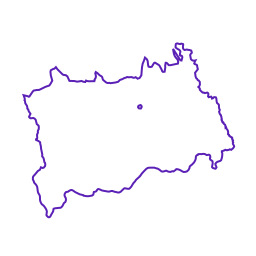 Dilolo, Katanga, Democratic Republic of the Congo (Natural Earth projection), rotated 351°
{"feature_id": "63176286B33518015273847", "entity_name": "Dilolo", "entity_type": "district", "adm_level": 2, "iso_a3": "COD", "parent_name": "Democratic Republic of the Congo", "parent_adm1": "Katanga", "projection": "natural_earth1", "projection_center": [23.36, -10.539], "detail": "fine", "context": "isolated", "style": "outline", "palette": "violet", "viewbox_px": 256, "rotation_deg": 351, "n_neighbors": 0, "source": "geoboundaries", "source_scale": "gbopen_adm2", "svg_char_len": 5807}
<svg xmlns="http://www.w3.org/2000/svg" viewBox="0 0 256 256"><g transform="rotate(351 128 128)"><path d="M194.2,53.1L193.7,53.0L192.6,53.3L192.0,53.1L190.0,52.2L189.1,52.2L188.5,52.5L188.2,53.0L187.6,55.6L187.7,56.0L188.8,57.2L190.9,58.9L191.4,59.7L191.7,60.5L191.7,60.9L190.9,62.7L190.7,64.3L191.1,64.8L192.1,64.9L192.5,65.3L192.7,65.7L192.7,66.9L191.4,69.7L190.3,69.3L184.9,56.9L184.9,61.1L185.1,62.7L185.4,64.1L186.0,65.5L187.8,68.5L187.9,70.7L187.4,72.2L179.6,72.6L177.9,72.2L177.3,70.9L176.3,69.7L175.4,69.5L174.4,72.4L174.3,74.0L173.0,78.1L171.4,78.1L170.6,77.1L170.4,75.8L168.9,71.5L168.3,70.6L164.9,67.7L164.3,67.7L163.7,68.1L161.1,71.2L159.5,71.3L157.9,70.6L157.7,68.9L157.9,65.0L157.5,63.3L155.8,61.1L154.1,64.3L152.5,66.9L151.3,70.3L149.4,78.1L147.3,80.4L145.2,80.8L143.9,79.3L143.4,79.0L142.7,79.3L141.0,79.2L139.6,78.3L136.6,78.0L135.1,77.5L133.5,78.0L132.3,78.0L131.4,78.4L129.5,79.0L128.1,79.1L127.4,79.4L125.5,80.8L122.7,81.1L117.6,81.0L116.6,80.5L115.0,80.4L113.8,79.8L113.1,79.1L111.0,76.7L110.7,75.9L110.5,73.9L110.1,73.0L108.2,71.4L106.4,69.0L104.9,67.7L104.5,68.3L104.2,69.1L104.4,69.9L104.4,72.1L104.0,73.2L103.4,73.9L103.4,74.1L102.5,75.0L102.5,75.8L102.1,76.5L96.6,75.7L94.9,75.2L94.0,74.6L93.0,75.9L91.1,75.3L89.5,74.3L85.2,74.3L84.0,73.9L82.7,73.3L77.5,72.3L76.2,67.5L75.2,66.6L74.9,66.1L72.7,65.5L71.9,65.0L67.5,59.0L66.3,56.6L64.6,57.9L63.3,58.0L60.8,58.9L60.2,60.3L60.0,63.9L60.6,69.4L58.8,71.7L57.0,73.7L53.0,74.4L46.1,76.5L44.0,76.2L40.6,76.3L39.5,77.2L35.5,81.5L34.9,81.6L33.9,80.9L30.0,79.3L30.6,82.6L30.6,83.5L30.1,84.3L30.5,85.2L30.4,87.5L31.6,90.1L31.8,91.8L31.6,92.8L31.8,93.5L32.4,94.1L32.4,95.1L32.7,96.2L33.9,98.7L32.0,101.5L32.5,102.5L33.4,103.2L36.1,103.3L37.3,104.2L38.1,105.5L38.5,109.8L40.0,111.6L40.1,113.1L39.6,115.3L38.9,116.1L38.4,117.1L38.3,118.6L37.1,120.3L36.8,123.6L36.5,124.3L35.4,124.7L35.4,125.5L36.5,126.1L38.5,127.7L39.0,128.5L38.8,129.8L39.1,132.0L38.9,134.5L39.2,140.5L38.8,142.6L39.7,144.1L40.0,145.7L40.1,148.7L40.6,149.5L40.6,151.3L40.0,152.8L38.5,154.0L37.3,154.1L35.9,153.2L34.5,155.4L32.2,156.4L28.7,159.5L27.6,160.3L26.6,161.3L26.2,162.6L26.0,163.8L26.4,165.5L26.7,165.9L26.7,167.2L28.3,169.6L28.9,171.2L29.1,172.2L29.0,176.9L29.3,178.5L29.9,179.8L30.2,180.8L30.3,182.1L29.9,184.9L29.9,186.5L30.3,188.2L30.8,189.6L32.6,191.6L33.3,192.9L34.2,194.8L34.7,196.5L34.8,197.9L33.8,201.2L34.0,201.9L35.0,203.3L35.5,203.7L36.6,203.8L37.5,203.1L38.9,201.2L40.6,199.2L41.1,198.4L41.8,196.2L42.2,196.0L43.9,195.9L49.0,196.2L50.0,195.7L51.4,194.4L52.8,192.3L54.6,191.2L55.3,189.9L55.5,189.1L55.6,187.5L54.9,185.8L54.8,184.3L55.0,183.6L55.6,182.6L56.7,181.6L58.9,181.5L59.9,180.9L61.5,180.4L62.5,180.4L63.6,180.9L65.9,183.1L69.9,185.9L73.4,187.4L73.5,187.9L76.2,188.8L78.3,189.2L82.0,189.1L83.3,188.4L84.2,185.9L86.2,185.7L87.0,185.3L87.8,184.3L88.6,183.7L89.4,183.7L90.4,184.2L92.7,185.7L97.8,187.5L99.3,187.9L101.6,187.6L102.8,187.8L104.4,188.7L108.2,190.2L109.2,190.3L110.8,189.8L114.5,187.2L115.4,187.0L118.2,188.0L119.5,188.2L120.1,188.0L122.1,186.4L124.6,183.4L126.4,182.0L127.9,180.4L131.9,177.8L132.0,177.5L132.4,177.4L134.4,175.3L136.6,173.5L139.7,171.2L141.4,170.5L143.5,170.6L147.8,171.3L150.3,172.6L150.9,172.7L152.5,174.1L154.2,176.0L155.0,176.4L156.4,176.5L159.0,176.1L161.0,177.4L162.2,177.8L163.0,178.0L164.9,177.6L166.2,178.0L168.4,176.9L168.9,176.4L169.6,176.2L171.3,176.8L172.9,177.7L174.8,179.3L176.0,180.1L177.4,180.3L179.4,180.1L181.2,178.9L182.4,177.3L182.9,175.8L183.4,175.3L185.4,174.2L187.9,172.3L189.3,170.5L190.2,168.7L190.5,167.0L191.1,166.1L191.8,165.6L192.6,165.6L193.0,165.0L193.9,164.8L196.5,165.3L198.3,165.3L199.7,165.7L201.6,167.1L203.7,167.0L204.4,167.5L204.8,168.5L204.8,168.8L204.7,169.9L204.3,170.4L204.1,171.2L204.3,172.0L206.1,173.8L206.3,174.7L206.0,176.6L205.4,178.1L204.9,179.7L205.1,180.2L205.8,180.9L207.9,181.9L208.3,181.8L209.3,180.6L208.8,178.7L208.6,177.2L209.4,176.3L210.9,175.4L214.0,174.9L215.0,174.3L216.0,172.2L216.7,170.2L217.2,167.7L216.9,166.4L217.1,165.6L218.0,165.6L218.6,165.3L219.8,165.2L220.4,164.8L221.0,164.8L221.7,165.3L222.3,165.5L223.0,165.3L223.9,165.4L225.3,165.0L226.5,165.7L228.4,164.6L229.4,163.7L229.8,163.0L230.0,162.7L229.7,161.5L229.1,160.1L229.2,159.2L229.7,158.7L229.3,157.2L229.8,156.7L229.4,155.7L229.1,155.2L229.0,154.8L229.4,154.4L229.4,154.1L229.1,153.5L228.6,153.1L228.1,152.9L227.8,152.5L227.6,152.5L227.2,151.7L226.8,151.6L226.7,150.6L226.4,150.6L225.8,149.7L226.3,147.7L226.2,146.2L225.8,145.2L224.9,143.6L225.1,142.8L224.9,142.2L224.4,142.6L224.5,140.4L224.3,139.8L223.4,139.0L223.0,138.2L223.2,137.7L223.1,137.4L222.5,137.5L222.2,137.2L222.0,136.2L222.1,135.7L221.6,134.6L222.0,134.2L222.1,133.8L221.9,132.9L222.0,131.6L221.8,130.9L221.8,130.2L221.5,129.3L221.2,129.2L220.8,128.0L220.5,126.1L221.1,125.4L221.5,124.3L221.1,123.2L221.1,121.6L221.4,119.4L221.1,118.7L219.8,117.1L219.7,115.2L219.9,113.0L219.6,111.5L218.6,111.1L217.4,111.1L216.7,111.8L215.6,112.1L215.4,110.8L215.0,110.0L212.5,110.2L212.0,109.2L212.7,107.3L212.7,106.6L212.4,105.9L211.8,105.4L209.4,105.6L208.3,104.8L207.7,104.9L206.8,104.2L205.1,101.8L204.9,101.2L205.1,100.4L204.9,99.8L203.9,98.5L204.8,97.9L205.3,97.4L205.8,96.3L206.0,94.9L206.1,93.7L205.3,92.2L204.4,91.6L203.9,90.2L203.3,89.7L202.8,87.8L202.9,83.9L206.1,81.0L206.2,80.7L206.0,79.4L206.0,77.0L205.8,76.4L203.8,75.2L203.5,74.7L203.9,74.0L204.2,73.2L205.2,71.8L204.2,71.9L202.5,71.5L201.7,70.9L200.9,69.8L200.8,65.9L201.0,65.3L201.6,64.6L202.7,63.8L202.9,63.0L202.6,62.2L202.6,61.4L201.0,60.6L199.5,60.2L198.5,59.7L196.1,59.8L195.4,59.1L195.0,58.5L194.8,57.7L195.1,55.6L195.6,54.3L195.5,53.7L194.9,53.5L194.2,53.1ZM144.0,107.3L144.6,107.9L144.9,108.9L144.8,109.4L144.0,110.5L143.7,110.8L141.7,110.2L141.2,109.1L141.3,108.5L141.9,107.7L143.1,107.4L143.3,107.6L144.0,107.3Z" fill="none" stroke="#5b21b6" stroke-width="2"/></g></svg>